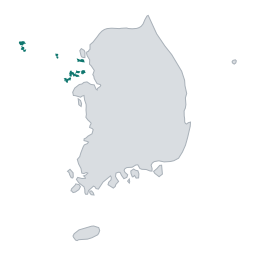 Ongjin-gun, Gyeonggi, South Korea shown in context
{"feature_id": "91817680B43125449030549", "entity_name": "Ongjin-gun", "entity_type": "district", "adm_level": 2, "iso_a3": "KOR", "parent_name": "South Korea", "parent_adm1": "Gyeonggi", "projection": "robinson", "projection_center": [125.875, 37.5], "detail": "fine", "context": "in_parent", "style": "filled", "palette": "teal", "viewbox_px": 256, "rotation_deg": 0, "n_neighbors": 0, "source": "geoboundaries", "source_scale": "gbopen_adm2", "svg_char_len": 6875}
<svg xmlns="http://www.w3.org/2000/svg" viewBox="0 0 256 256"><path d="M88.9,50.3L89.9,49.5L90.0,48.4L90.0,44.7L93.0,42.1L97.2,36.8L99.3,33.9L101.7,31.3L104.4,29.5L107.1,28.6L111.4,28.2L119.5,28.6L121.1,28.3L126.8,28.0L128.1,28.5L132.3,28.8L136.8,28.4L139.1,27.6L141.2,26.3L143.1,23.9L145.0,19.5L147.0,16.0L148.2,15.4L156.7,33.9L164.8,45.9L171.7,54.6L181.7,71.3L184.6,80.3L185.0,85.8L186.7,93.5L185.4,97.8L185.9,104.7L185.3,108.2L184.1,110.9L184.2,115.9L184.6,118.5L184.7,122.1L185.5,123.5L186.6,124.0L188.3,122.7L190.5,122.1L190.2,126.4L187.7,137.2L185.5,145.1L182.5,151.9L178.6,158.2L173.9,160.7L170.5,161.5L164.1,161.9L158.8,160.8L154.3,161.6L152.4,162.9L151.1,165.1L152.1,168.6L152.0,171.1L150.1,171.0L146.2,169.5L141.9,169.3L139.9,168.5L137.8,164.8L135.8,165.0L132.2,167.2L126.7,167.6L124.8,168.8L124.1,170.3L124.9,172.3L127.7,174.8L126.8,177.4L123.9,178.7L121.6,175.5L120.1,172.4L118.5,172.2L116.0,173.1L115.5,176.5L116.7,178.7L118.6,181.4L115.9,184.4L115.2,186.5L113.3,188.1L108.0,184.7L108.7,182.2L111.0,179.8L111.3,177.4L110.5,175.9L103.0,182.1L98.4,189.1L96.0,188.6L94.9,186.8L93.5,186.1L88.5,190.6L87.6,194.2L85.7,194.3L84.9,192.8L84.8,189.6L84.0,186.8L78.8,182.8L76.4,179.4L77.7,177.4L82.0,178.5L85.4,178.3L84.8,176.7L83.6,175.9L85.9,175.0L87.8,173.1L86.2,172.5L83.8,173.6L81.8,173.1L81.0,168.5L78.6,163.9L77.3,159.4L79.7,156.7L80.9,152.7L83.2,146.8L84.3,144.9L87.4,143.6L88.5,142.1L86.8,141.3L84.0,140.6L84.1,138.9L86.0,138.0L88.0,136.1L92.0,133.8L93.2,129.6L92.1,128.5L89.6,127.5L90.1,125.3L91.1,123.7L90.8,122.7L87.8,119.9L85.9,117.3L86.4,114.5L86.0,110.1L86.2,106.4L86.1,104.4L84.6,99.9L84.0,95.5L82.1,96.1L80.6,97.2L75.1,95.6L73.4,95.5L72.7,92.2L74.7,88.1L79.3,84.5L81.9,84.0L83.9,82.4L87.0,81.9L90.8,84.4L94.2,84.9L96.0,89.1L97.2,90.0L97.4,88.5L100.1,86.6L100.8,85.3L100.2,84.5L97.1,83.7L94.2,78.5L93.8,76.2L92.8,74.7L94.3,70.5L91.1,65.7L89.5,64.2L89.7,59.9L88.0,57.1L87.1,55.6L86.5,53.0L87.0,51.8L88.4,51.4L88.9,50.3ZM78.7,239.7L77.1,240.6L75.6,240.1L75.3,239.7L73.5,237.3L73.0,236.0L74.2,233.7L79.0,229.9L91.5,226.2L93.7,226.0L98.7,227.6L99.7,230.5L98.8,233.1L97.7,234.8L92.0,237.7L87.6,239.1L78.7,239.7ZM162.4,174.1L159.1,176.7L154.7,173.3L153.6,171.4L156.9,168.6L159.7,165.4L161.6,165.2L162.4,174.1ZM138.9,173.8L138.6,177.9L136.1,178.1L134.6,175.5L133.1,176.8L132.3,176.8L131.0,173.5L130.8,171.0L133.7,169.0L135.4,170.2L137.9,170.8L138.9,173.8ZM75.4,192.0L73.1,192.6L71.9,191.2L71.0,190.8L71.5,188.9L75.1,185.2L75.8,183.9L79.2,184.7L80.4,186.7L78.9,189.6L75.4,192.0ZM85.0,52.2L84.9,57.6L83.0,57.4L81.7,56.9L81.1,55.8L79.8,50.7L81.3,48.6L84.1,50.3L85.0,52.2ZM73.2,176.9L72.7,178.0L71.2,177.7L69.7,174.8L69.0,172.5L67.5,171.3L70.0,169.3L73.1,172.8L73.2,176.9ZM81.6,103.8L81.1,106.5L78.8,104.7L78.2,98.8L80.5,100.5L81.6,103.8ZM235.8,62.9L234.2,64.1L232.4,62.9L232.1,61.6L233.0,60.4L235.3,59.8L236.3,60.8L235.8,62.9ZM93.4,193.1L94.0,195.0L91.2,194.7L89.7,192.8L89.9,191.1L91.6,190.9L93.4,193.1ZM129.7,181.8L129.3,183.1L127.6,181.1L129.3,179.0L129.7,181.8Z" fill="#d9dde1" stroke="#a8b0b8" stroke-width="1"/><path d="M23.8,42.5L23.8,42.1L23.7,42.1L23.1,41.9L22.8,41.9L22.5,42.0L21.9,42.1L20.7,42.5L20.6,42.4L20.1,42.1L19.8,42.2L19.7,42.3L19.7,42.9L19.9,42.9L20.2,43.1L20.3,43.6L20.6,44.4L21.1,44.4L21.9,44.5L22.1,44.5L22.4,44.7L22.6,44.6L22.7,44.4L22.8,44.0L22.7,43.8L22.6,43.7L22.2,43.6L22.4,43.5L22.7,43.4L23.0,43.5L23.3,43.4L23.4,43.2L23.6,43.1L23.8,43.2L23.9,42.9L24.2,42.9L24.3,42.9L24.2,42.8L24.0,42.7L23.8,42.5ZM83.4,71.0L83.3,70.9L82.8,71.0L82.6,71.0L82.4,71.3L82.1,71.4L82.1,71.7L81.9,71.9L82.0,73.0L82.4,72.8L82.5,72.7L82.8,72.7L82.9,72.9L82.7,73.1L82.9,73.4L83.2,73.1L83.3,73.0L83.4,72.8L83.8,72.6L83.7,72.5L83.5,72.3L83.6,72.2L83.9,72.2L84.1,72.0L84.4,72.0L84.1,71.6L84.3,71.1L84.1,71.0L83.4,71.0ZM71.0,71.6L70.9,71.4L70.7,71.5L70.6,71.9L70.5,72.0L70.3,72.5L70.4,72.9L70.1,73.5L70.3,73.5L70.5,73.2L70.8,73.3L70.6,73.5L70.8,73.5L71.0,73.5L71.2,73.8L71.3,74.0L71.4,73.9L72.1,73.8L72.2,73.7L72.2,73.4L72.3,73.4L72.4,73.5L72.6,73.3L72.8,73.2L72.5,72.8L72.1,72.8L72.1,72.7L71.8,72.5L71.4,72.4L71.2,72.1L71.0,71.6ZM22.9,47.6L22.7,47.5L22.8,47.7L22.7,47.8L22.3,48.0L22.0,48.5L21.8,48.7L21.5,48.6L21.4,48.6L21.6,48.7L21.6,48.8L21.9,48.9L22.1,48.9L22.2,49.1L22.0,49.4L22.1,49.6L22.1,49.4L22.5,49.2L22.8,49.3L22.9,49.2L23.1,49.2L23.3,48.9L23.4,48.6L23.2,48.4L23.1,48.2L23.5,47.9L23.4,47.7L22.9,47.6ZM78.0,71.9L77.1,71.6L76.9,71.5L76.9,71.8L76.8,72.0L77.0,71.9L77.3,72.2L77.7,72.3L78.0,72.5L78.3,72.5L78.7,72.4L78.9,72.3L79.2,71.9L78.7,71.8L78.6,72.1L78.2,71.9L78.0,71.9ZM83.4,60.8L83.4,60.4L83.2,60.4L83.0,60.2L82.9,60.1L82.8,60.3L82.7,60.4L82.0,60.9L81.9,61.2L82.1,61.2L82.2,61.3L82.5,61.1L83.0,61.4L83.1,61.5L83.3,61.5L83.2,61.4L83.3,61.1L83.2,61.0L83.2,60.9L83.3,60.8L83.4,60.8ZM78.4,59.8L77.9,59.6L78.0,59.9L78.3,60.2L78.5,60.3L78.5,60.5L78.4,61.0L78.7,60.9L78.8,60.7L78.8,60.8L79.3,60.7L79.6,60.8L79.8,60.7L80.3,60.9L80.4,60.4L79.8,60.6L79.6,60.5L79.3,60.5L79.0,60.4L78.8,59.9L78.5,59.9L78.4,59.8ZM57.1,54.5L56.9,54.6L56.5,54.6L56.2,54.5L56.2,54.8L56.4,55.1L56.4,55.5L56.7,55.7L57.0,55.3L57.3,55.1L57.4,54.9L57.5,54.8L57.4,54.6L57.2,54.5L57.1,54.5ZM70.1,78.3L69.8,78.4L69.6,78.4L69.3,78.7L69.6,78.7L69.7,78.8L69.7,79.0L69.5,78.8L69.4,79.1L69.5,79.2L69.8,79.2L70.2,78.9L70.3,78.8L70.3,78.6L70.1,78.5L70.1,78.3ZM70.8,75.2L70.4,74.9L70.3,75.1L70.2,75.3L70.2,75.5L70.4,75.7L70.9,75.9L71.0,75.7L70.9,75.6L70.9,75.4L71.0,75.4L71.1,75.2L71.0,75.3L70.9,75.3L70.8,75.2ZM76.4,75.4L76.2,75.2L75.9,75.2L75.9,75.3L75.7,75.4L75.6,75.5L75.9,75.6L76.4,75.8L76.7,76.2L76.8,76.2L77.0,76.0L76.7,75.9L76.5,75.7L76.5,75.4L76.4,75.4ZM25.0,50.7L25.1,50.4L24.7,50.5L24.4,50.5L24.0,50.7L23.9,50.7L23.8,51.0L23.6,51.1L24.0,51.1L24.1,50.9L24.5,50.8L24.9,50.9L25.0,50.8L25.0,50.7ZM73.4,74.1L73.3,73.7L73.1,73.6L73.1,73.4L72.7,73.6L72.8,73.9L73.0,74.0L73.3,73.9L73.3,74.0L73.3,74.3L73.5,74.7L73.6,74.2L73.4,74.1ZM77.5,75.6L77.3,75.5L77.2,75.5L77.4,75.8L77.6,75.9L77.7,76.0L77.8,76.1L78.0,76.1L78.3,76.0L77.9,75.6L77.7,75.6L77.5,75.6ZM82.1,60.2L81.8,60.0L81.7,60.2L81.7,60.4L81.6,60.5L81.5,60.8L81.5,61.0L81.4,61.0L81.8,61.1L81.8,60.9L82.0,60.7L82.1,60.2L82.3,60.1L82.1,60.1L82.1,60.2ZM67.0,81.2L66.8,81.1L66.6,81.1L66.4,81.3L66.7,81.6L67.0,81.7L67.0,81.9L67.1,82.0L67.5,81.8L67.8,81.7L67.7,81.7L67.4,81.8L67.2,81.7L66.9,81.5L67.0,81.3L67.0,81.2ZM65.5,78.9L65.4,78.9L65.5,79.0L65.4,79.0L65.3,79.3L65.2,79.4L65.2,79.6L65.3,79.5L65.3,79.8L65.5,79.9L65.5,79.6L65.5,79.3L65.5,79.2L65.8,79.2L65.8,79.3L66.0,79.4L66.0,79.2L65.9,79.0L65.7,79.0L65.7,78.9L65.5,78.9ZM74.7,75.0L74.7,74.9L74.6,75.0L74.8,75.3L74.9,75.2L75.0,75.3L75.2,75.2L75.3,75.3L75.5,75.2L75.8,75.1L75.4,75.0L75.0,75.0L74.9,75.2L74.7,75.0ZM57.6,57.3L57.4,57.2L57.2,57.4L57.2,57.5L57.3,57.6L57.5,57.7L57.6,57.3ZM81.2,60.9L81.4,60.8L81.4,60.7L81.3,60.3L81.0,60.5L81.2,60.9ZM67.6,80.1L67.8,79.9L67.9,79.5L67.7,79.6L67.8,79.7L67.7,79.7L67.7,79.9L67.6,80.0L67.6,80.1Z" fill="#14b8a6" stroke="#0f766e" stroke-width="1.5"/></svg>